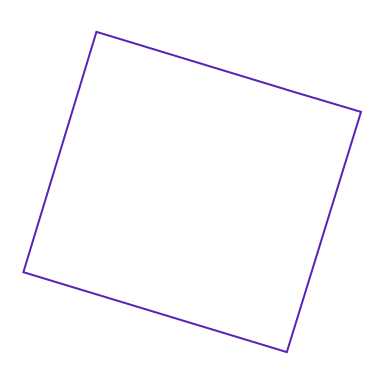 outline of Cherokee, Iowa, United States of America, rotated 197°
{"feature_id": "52423323B93733047686760", "entity_name": "Cherokee", "entity_type": "district", "adm_level": 2, "iso_a3": "USA", "parent_name": "United States of America", "parent_adm1": "Iowa", "projection": "robinson", "projection_center": [-95.604, 42.735], "detail": "fine", "context": "isolated", "style": "outline", "palette": "violet", "viewbox_px": 384, "rotation_deg": 197, "n_neighbors": 0, "source": "geoboundaries", "source_scale": "gbopen_adm2", "svg_char_len": 233}
<svg xmlns="http://www.w3.org/2000/svg" viewBox="0 0 384 384"><g transform="rotate(197 192 192)"><path d="M329.8,66.0L54.5,66.6L53.8,318.0L123.1,317.5L330.2,317.2L329.8,66.0Z" fill="none" stroke="#5b21b6" stroke-width="2"/></g></svg>